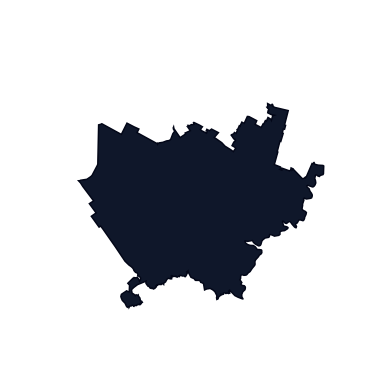 Santiago Sochiapan, Veracruz, Mexico, rotated 317°
{"feature_id": "50627088B82277071409559", "entity_name": "Santiago Sochiapan", "entity_type": "district", "adm_level": 2, "iso_a3": "MEX", "parent_name": "Mexico", "parent_adm1": "Veracruz", "projection": "robinson", "projection_center": [-95.662, 17.635], "detail": "fine", "context": "isolated", "style": "filled", "palette": "ink", "viewbox_px": 384, "rotation_deg": 317, "n_neighbors": 0, "source": "geoboundaries", "source_scale": "gbopen_adm2", "svg_char_len": 6061}
<svg xmlns="http://www.w3.org/2000/svg" viewBox="0 0 384 384"><g transform="rotate(317 192 192)"><path d="M301.9,253.8L301.3,253.6L300.7,254.0L300.7,253.6L299.2,253.6L299.1,253.1L285.9,258.9L285.5,258.5L284.5,258.4L284.3,259.0L281.8,257.5L281.6,244.6L280.7,244.4L281.7,244.0L280.9,242.0L279.2,243.2L277.7,243.0L274.3,236.4L272.6,237.3L271.7,235.3L273.4,235.8L273.8,234.1L270.9,228.1L282.0,221.3L281.7,220.7L291.0,214.8L291.4,215.6L298.7,211.3L298.2,210.4L301.9,208.1L302.5,209.2L305.9,207.1L305.4,206.1L317.9,198.1L310.3,186.7L309.4,184.3L310.4,183.8L310.4,182.5L309.4,182.6L308.8,182.3L307.6,178.9L305.5,181.3L304.6,181.0L304.4,184.2L303.1,184.9L302.9,184.6L301.4,185.7L302.6,189.1L303.5,190.9L303.7,190.7L304.6,192.0L302.9,191.3L298.9,193.8L299.3,192.5L298.4,189.3L294.8,190.9L294.4,189.8L290.6,191.3L290.4,190.7L286.6,192.0L284.3,185.6L288.0,184.0L285.1,175.7L284.0,174.5L277.0,177.4L276.1,174.9L272.9,176.2L272.1,176.8L271.8,175.8L268.6,177.2L267.7,177.1L267.8,177.5L264.3,179.3L263.6,177.4L262.3,177.9L259.8,177.0L259.4,177.2L259.2,179.5L259.0,180.1L258.8,182.9L259.3,183.0L258.9,184.0L258.0,184.5L257.1,184.0L256.4,184.1L252.9,185.4L253.8,188.3L253.7,189.9L249.7,190.6L249.2,187.6L247.4,181.0L247.4,176.2L245.5,167.3L251.8,166.6L249.2,159.3L246.6,159.1L245.6,156.3L244.7,156.7L245.3,156.9L244.3,158.2L243.8,158.2L242.7,158.9L240.9,153.9L240.8,151.9L244.1,151.4L243.1,148.2L240.8,142.4L240.2,142.4L239.8,143.9L238.6,143.4L237.4,142.2L234.9,141.9L235.1,141.2L234.4,140.5L233.6,142.2L233.2,141.6L232.6,146.0L227.2,144.2L226.8,145.2L220.4,144.1L222.0,133.3L222.9,131.9L222.0,132.3L221.2,133.6L220.9,135.7L217.8,136.3L212.5,138.9L211.6,139.0L210.3,138.7L208.1,137.2L204.6,135.8L201.4,133.6L200.2,133.5L200.2,133.1L199.4,133.4L199.8,132.6L199.2,132.0L192.3,111.1L196.1,109.7L194.1,104.9L191.4,97.3L179.6,101.7L172.6,80.6L171.3,80.2L169.5,79.2L142.1,107.4L141.1,107.9L130.2,111.7L128.3,111.7L123.8,111.0L118.5,107.4L118.0,107.4L116.7,106.4L116.7,109.3L115.9,113.5L114.0,131.4L109.0,130.5L107.6,141.9L101.8,141.1L100.1,154.3L102.0,154.6L101.6,158.3L98.6,179.6L95.8,197.0L96.1,202.6L96.6,204.7L96.8,206.8L96.6,208.5L96.0,209.9L95.9,212.3L96.5,213.3L96.6,214.2L96.1,215.6L95.3,216.1L95.5,217.1L96.0,217.7L95.8,219.9L94.1,221.2L92.8,221.4L93.2,220.7L93.9,217.1L92.4,216.5L91.2,215.0L90.5,215.3L90.1,214.8L82.8,215.0L82.8,217.5L78.0,222.2L77.3,221.3L76.8,219.7L70.6,218.7L68.8,219.8L68.1,221.0L67.1,223.8L67.2,227.7L66.2,230.7L66.1,232.2L66.9,232.3L67.5,232.8L67.1,233.5L68.7,233.0L69.9,233.9L71.0,233.9L71.7,234.9L71.3,235.6L71.4,235.8L71.8,235.5L72.1,236.0L72.7,235.9L74.0,237.2L74.3,237.2L74.5,236.9L75.3,237.3L75.8,237.3L76.3,238.1L77.1,238.1L76.8,238.6L77.2,239.0L78.0,238.9L78.9,238.3L79.0,238.9L80.0,238.6L80.4,238.8L80.7,237.6L80.1,236.4L81.6,234.0L81.8,231.8L82.5,230.5L81.6,230.4L81.1,229.2L80.6,228.9L79.7,229.1L79.8,227.5L79.7,226.6L79.3,226.1L79.5,224.2L79.9,224.0L81.1,222.2L84.2,222.1L89.0,222.6L97.7,225.9L96.2,227.1L96.0,227.7L95.7,229.4L95.9,229.5L95.9,230.6L95.6,230.9L95.9,231.2L96.1,231.8L95.9,233.9L96.9,234.7L96.9,235.1L97.3,235.1L97.6,236.6L99.2,237.2L99.7,236.9L100.7,237.0L101.1,236.6L101.3,236.9L101.5,236.8L101.8,236.1L102.7,236.5L103.2,236.0L103.5,236.3L103.5,236.7L104.2,236.5L106.4,238.7L106.9,238.6L107.0,238.3L107.6,238.4L107.9,239.2L108.3,239.2L108.3,240.2L109.2,239.4L111.3,239.7L114.0,238.8L115.3,238.8L115.7,238.9L116.8,240.5L117.5,240.4L117.5,240.9L117.1,240.9L117.2,241.1L117.9,241.6L118.8,240.7L119.3,239.8L119.6,239.7L119.8,239.1L120.2,239.2L120.5,239.7L120.0,240.2L120.4,240.3L120.3,240.9L121.0,241.0L121.4,241.6L123.0,242.6L122.9,242.9L122.6,242.8L122.5,243.2L123.3,244.3L125.0,244.5L125.2,245.2L126.4,244.6L127.1,245.8L127.5,246.0L127.6,246.8L129.0,248.1L129.1,249.1L129.5,249.4L131.7,248.8L131.9,248.4L132.9,248.3L133.5,246.9L133.9,247.1L134.2,246.8L135.4,246.9L134.5,248.4L133.1,253.7L134.5,257.0L134.2,258.4L134.4,259.1L137.1,261.7L137.2,262.7L136.8,264.1L137.7,265.7L137.8,267.1L134.4,272.2L136.5,272.9L139.5,274.9L140.4,277.4L140.8,280.4L139.7,284.2L139.2,285.1L137.9,286.0L136.9,287.5L138.0,287.9L140.2,286.9L141.6,286.9L142.6,287.3L143.4,286.5L144.1,287.6L145.3,288.2L146.1,287.4L146.9,287.6L147.6,289.4L148.7,289.7L149.5,291.2L150.7,291.7L151.0,290.9L151.3,290.8L150.9,289.9L151.2,289.3L151.8,289.3L152.0,290.0L152.6,289.7L152.7,297.0L153.9,300.3L156.0,304.6L156.4,304.8L157.0,302.6L158.4,300.9L161.1,299.6L164.1,299.6L165.7,298.5L166.3,297.5L166.3,296.3L164.9,294.3L164.8,292.7L166.7,292.2L167.2,288.8L168.4,288.5L170.7,286.3L171.2,286.2L172.6,287.2L173.1,288.3L174.8,289.6L175.8,289.8L178.0,289.5L180.2,289.8L183.9,288.9L187.8,288.4L188.9,287.8L190.5,285.8L192.3,285.0L196.7,284.6L197.9,284.1L200.5,284.4L201.7,284.0L203.2,282.2L203.2,281.6L201.9,279.9L200.5,278.6L200.9,275.4L200.4,273.0L198.1,270.6L196.8,268.3L196.5,266.0L197.0,264.0L197.7,264.0L198.8,265.9L203.0,268.6L203.1,269.3L202.7,270.0L202.6,271.2L202.8,273.3L203.9,276.7L204.6,277.3L205.5,277.6L206.5,277.4L209.7,275.5L211.3,275.3L214.1,275.5L217.2,277.5L218.2,277.3L219.2,276.3L219.8,276.1L221.2,278.0L222.2,280.5L225.9,282.9L227.4,283.0L228.8,281.5L229.6,281.2L230.9,281.6L233.4,283.4L236.8,284.0L237.8,283.7L237.9,283.2L237.6,282.1L236.1,279.8L236.0,279.0L237.8,275.6L238.4,275.1L238.9,275.6L238.9,278.4L239.7,279.5L242.4,279.7L243.3,280.3L243.6,281.0L243.2,283.8L243.1,287.5L243.4,288.7L243.8,289.1L244.9,288.5L245.4,286.8L246.0,286.1L246.7,286.0L248.0,286.4L249.8,285.7L251.2,285.5L252.0,286.0L253.6,288.7L254.6,288.8L256.1,288.2L257.2,287.3L260.0,286.2L261.6,285.1L261.7,283.7L260.7,281.1L261.0,279.3L263.6,277.4L264.7,276.2L268.2,274.3L269.1,272.9L270.0,273.0L270.5,274.4L271.0,275.2L274.6,277.6L275.6,277.8L277.1,277.0L277.9,276.2L278.5,274.5L278.8,272.0L279.9,269.3L279.5,267.3L279.8,266.4L280.4,265.8L281.3,266.1L283.5,270.4L284.2,270.9L285.4,271.0L286.9,270.7L288.7,269.8L290.0,268.0L291.1,265.7L293.8,263.9L294.5,264.2L294.8,264.5L294.8,265.6L295.7,267.5L297.2,267.4L299.7,268.6L300.7,268.2L306.1,262.8L305.9,261.9L302.6,258.4L300.9,255.7L300.9,254.5L301.2,253.9L301.9,253.8Z" fill="#0f172a" stroke="#020617" stroke-width="1.5"/></g></svg>